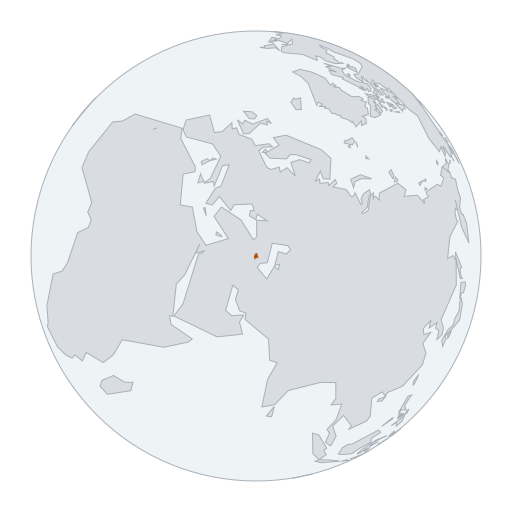 the Earth from above Syunik, rotated 48°
{"feature_id": "ARM-1732", "entity_name": "Syunik", "entity_type": "Province", "adm_level": 1, "iso_a3": "ARM", "parent_name": "Armenia", "parent_adm1": "", "projection": "orthographic", "projection_center": [46.179, 39.357], "detail": "fine", "context": "on_globe", "style": "filled", "palette": "amber", "viewbox_px": 512, "rotation_deg": 48, "n_neighbors": 0, "source": "natural_earth", "source_scale": "10m", "svg_char_len": 11242}
<svg xmlns="http://www.w3.org/2000/svg" viewBox="0 0 512 512"><g transform="rotate(48 256 256)"><circle cx="256" cy="256" r="225" fill="#eef3f6" stroke="#a8b0b8"/><path d="M235.1,31.7L235.5,31.7L240.2,31.3L256.5,32.6L281.2,36.2L291.5,36.7L287.3,37.5L308.5,39.0L323.5,43.1L304.9,38.9L301.9,39.0L311.3,41.7L310.1,42.5L314.0,44.4L311.8,45.3L301.1,43.5L299.5,44.2L306.3,46.1L308.3,48.7L298.6,45.6L301.2,49.9L283.9,48.8L259.8,42.1L248.5,44.3L219.5,45.4L220.5,46.9L210.1,49.0L207.5,51.7L202.8,51.7L204.7,54.0L209.5,53.5L211.9,54.5L210.7,56.3L204.6,56.3L204.3,55.5L201.9,56.4L199.3,55.8L200.0,57.1L192.7,57.3L198.1,59.8L190.9,62.2L186.5,61.7L189.3,58.2L186.2,50.2L182.7,49.6L174.9,51.7L155.2,62.3L150.3,63.4L142.0,67.5L143.5,68.2L150.6,65.3L151.5,68.1L160.1,64.9L161.7,65.8L169.5,64.4L165.8,68.5L157.8,73.5L151.1,75.1L147.4,77.5L151.7,79.6L137.2,86.6L124.2,98.7L120.7,100.4L117.7,96.6L122.9,87.0L119.0,84.2L118.9,90.3L110.2,95.3L107.7,98.2L106.6,100.7L108.9,100.6L105.3,103.5L104.1,98.0L107.3,95.2L107.7,96.8L110.1,92.6L109.2,89.9L104.9,93.2L108.1,87.3L105.1,89.7L104.1,90.2L108.7,86.5L100.4,93.3L101.3,92.3L113.8,81.3L127.0,71.3L141.0,62.3L155.6,54.3L170.8,47.5L186.4,41.8L202.4,37.2L218.6,33.8L235.1,31.7ZM31.1,268.9L31.5,274.3L34.3,293.8L36.0,304.6L36.2,305.2L32.9,287.2L31.1,268.9ZM241.4,31.2L242.4,31.1L237.2,31.5L241.4,31.2ZM254.7,31.1L251.2,31.2L249.6,30.9L252.1,30.9L254.7,31.1ZM299.1,37.3L294.0,36.3L299.4,37.1L299.1,37.3ZM314.9,44.6L316.8,44.7L318.0,45.7L314.9,44.6ZM171.1,62.3L170.3,63.3L169.2,63.0L171.1,62.3ZM175.2,60.8L174.5,59.8L176.4,58.9L176.8,59.6L175.2,60.8ZM315.7,48.1L317.2,49.9L313.9,47.7L315.7,48.1ZM175.6,62.4L179.8,57.7L183.1,56.3L187.3,57.9L175.6,62.4ZM316.8,50.8L320.4,55.7L324.7,56.3L314.3,57.9L314.7,52.9L310.0,49.9L314.6,51.2L316.8,50.8ZM211.5,52.7L206.3,53.2L211.6,51.3L211.5,52.7ZM214.3,51.3L227.1,44.9L234.1,45.4L228.4,47.2L238.3,47.0L235.3,50.3L229.3,51.2L225.3,50.1L227.2,52.3L214.3,51.3ZM308.0,58.3L307.3,59.4L306.0,57.9L308.0,58.3ZM213.2,54.8L215.2,53.3L221.4,53.6L218.6,56.6L217.5,55.5L213.2,54.8ZM242.3,45.5L246.4,46.4L245.1,49.3L246.6,50.1L235.9,50.4L242.3,45.5ZM215.5,56.4L217.0,58.2L213.0,59.8L211.7,56.3L215.5,56.4ZM224.2,52.4L227.0,52.7L224.5,53.5L224.2,52.4ZM199.9,67.0L202.1,64.8L205.5,64.7L199.9,67.0ZM217.8,58.9L219.2,58.3L220.7,58.1L220.9,59.7L217.8,58.9ZM235.7,52.6L234.4,53.7L240.1,52.6L239.4,54.9L232.3,54.8L235.1,55.9L234.9,56.7L229.4,55.8L235.7,52.6ZM225.8,60.8L216.7,62.0L211.8,65.8L208.6,66.0L217.0,59.8L225.8,60.8ZM228.4,57.9L226.1,59.7L223.3,58.8L223.2,57.0L228.4,57.9ZM241.4,56.7L244.3,53.1L245.7,53.2L241.4,56.7ZM224.9,62.1L227.2,61.8L224.9,62.5L224.9,62.1ZM237.0,58.5L237.8,57.1L239.4,57.3L237.0,58.5ZM230.9,62.6L228.0,62.8L227.8,61.5L230.9,62.6ZM234.1,60.8L236.2,61.5L229.5,60.9L234.2,60.1L234.1,60.8ZM238.4,58.9L239.6,58.6L237.8,59.5L238.4,58.9ZM233.4,67.6L225.0,67.1L224.6,64.2L232.8,64.9L233.4,67.6ZM66.6,310.6L60.5,272.7L66.4,264.9L69.5,250.9L111.7,225.4L118.4,233.3L149.1,241.4L152.5,244.9L146.4,255.4L167.4,278.1L177.1,270.6L198.6,283.7L214.5,286.0L224.6,264.9L198.5,260.7L196.5,248.9L219.3,243.0L242.4,247.1L242.3,242.7L229.8,231.5L237.2,224.3L225.7,227.0L228.8,231.9L221.7,234.0L218.4,229.7L221.2,227.1L214.8,224.1L203.3,237.9L205.3,244.4L187.3,243.4L188.8,254.4L183.2,257.9L178.5,240.8L180.6,235.4L170.3,214.8L166.5,220.3L176.0,240.3L172.1,237.8L167.0,246.2L167.8,237.9L158.4,215.5L143.6,213.3L121.0,228.1L113.2,225.7L108.2,216.9L120.2,196.2L136.4,204.3L140.9,197.9L140.8,184.8L145.7,188.7L147.7,184.6L154.2,187.3L166.4,181.0L173.4,182.8L181.3,171.2L186.0,170.7L180.0,177.6L179.6,183.6L197.5,188.7L201.8,186.9L205.5,179.2L210.0,181.9L211.2,173.8L223.0,173.3L209.7,167.5L213.6,159.1L222.4,154.2L221.3,150.6L207.0,158.7L203.5,163.0L204.3,168.3L192.6,180.2L185.8,180.6L189.0,164.8L179.7,163.9L186.3,152.8L220.7,136.4L233.5,134.9L248.3,149.7L243.6,154.4L235.9,151.3L240.2,161.8L241.2,157.3L244.9,159.8L249.6,153.2L252.4,154.7L252.1,146.0L256.1,147.2L256.3,152.6L266.7,144.6L275.8,145.5L276.8,143.1L275.3,140.1L287.9,143.7L288.1,141.8L284.0,139.8L281.7,134.8L282.5,127.5L286.8,129.1L287.1,132.0L294.3,140.7L294.4,148.4L296.2,148.4L297.2,142.1L288.5,131.4L287.7,126.6L292.6,131.0L290.8,129.1L291.7,127.2L296.8,127.1L291.8,122.1L296.8,101.9L307.1,100.2L310.8,106.0L318.9,95.4L329.9,95.5L326.1,93.5L327.4,87.9L324.0,87.7L322.2,86.4L324.1,73.3L327.9,71.9L324.3,65.1L322.4,64.3L319.4,64.8L314.3,57.9L324.7,56.3L328.6,58.3L332.5,56.4L340.9,61.4L349.5,65.1L356.4,72.4L362.7,75.1L363.5,74.2L372.6,77.6L388.7,89.0L372.2,83.9L347.4,70.2L357.2,75.8L354.0,76.0L356.9,79.0L363.9,83.2L365.3,82.8L371.3,98.9L386.1,115.3L387.5,109.3L393.4,110.4L411.5,126.5L427.2,161.1L435.2,165.1L438.9,170.3L439.2,177.5L433.8,169.9L429.7,170.8L426.6,165.8L425.3,175.6L420.7,168.9L421.9,180.4L426.8,183.8L429.7,177.2L432.6,190.6L441.8,194.5L448.2,205.1L450.8,234.2L445.5,249.5L446.3,253.6L441.4,253.2L439.1,265.0L451.5,278.3L452.6,284.2L446.9,302.8L446.0,298.7L433.1,297.5L433.7,312.8L443.6,317.1L447.1,327.7L440.8,329.0L436.9,320.0L432.3,319.2L431.4,306.5L423.5,291.3L416.9,299.7L415.4,292.1L403.5,281.4L393.0,292.8L377.6,322.0L378.9,341.6L372.1,352.7L355.5,330.0L349.5,311.7L342.6,315.6L326.2,302.3L295.5,306.6L291.9,301.6L285.9,304.8L274.5,300.3L269.4,291.8L262.1,292.7L276.1,315.0L284.0,314.0L291.7,304.5L294.0,312.5L305.1,318.3L290.0,339.1L245.7,357.1L242.7,342.3L216.2,297.6L217.8,292.7L217.7,292.2L217.5,291.1L213.6,298.8L209.5,289.7L222.2,321.5L223.7,334.2L245.0,358.0L242.7,360.2L249.9,364.9L274.9,358.9L274.8,363.7L262.1,385.6L228.7,411.5L234.0,428.2L233.0,440.8L214.1,446.7L217.8,455.3L208.3,456.7L209.0,460.8L202.5,463.5L190.9,464.3L169.0,458.3L166.1,454.8L152.8,444.4L133.6,418.7L137.5,410.1L134.9,400.5L119.3,372.9L122.6,361.5L118.8,354.2L110.8,351.7L106.6,342.7L101.9,340.0L73.9,326.2L66.6,310.6ZM94.6,244.0L92.9,248.0L94.6,244.0ZM265.4,262.8L280.2,263.4L276.0,249.3L281.3,248.5L277.9,244.2L275.6,248.3L267.7,236.4L274.9,232.1L274.4,225.9L269.4,225.5L257.4,235.4L268.6,252.2L264.2,258.0L265.4,262.8ZM110.3,95.7L110.3,96.2L108.5,99.0L108.0,98.4L110.3,95.7ZM109.0,109.1L103.4,113.6L107.0,109.7L105.2,109.2L110.5,101.0L119.2,100.9L114.3,102.2L109.0,109.1ZM120.1,90.7L115.7,95.5L120.2,90.3L120.1,90.7ZM152.1,161.4L153.3,165.3L149.2,169.1L140.3,168.3L146.1,162.5L152.1,161.4ZM155.8,170.1L161.5,155.5L167.3,155.9L163.1,158.0L166.3,159.8L160.4,163.8L160.4,179.1L156.8,183.6L142.3,178.7L149.0,177.6L147.5,173.6L155.8,170.1ZM165.8,122.1L168.3,117.0L177.5,124.3L174.1,128.2L165.0,127.2L163.7,122.0L165.8,122.1ZM182.2,66.6L182.6,65.1L184.3,65.0L185.4,66.1L182.2,66.6ZM200.6,66.0L182.4,73.2L181.9,71.8L171.8,78.4L166.6,77.4L173.3,73.0L161.7,77.5L165.7,73.1L158.0,76.7L173.4,67.1L176.5,63.7L175.1,67.8L179.8,68.7L182.8,68.2L193.5,64.2L202.5,58.1L208.6,58.6L210.5,60.5L209.3,62.1L205.7,61.2L206.7,63.9L200.5,63.8L200.6,66.0ZM229.7,90.3L226.1,87.4L227.0,95.2L220.8,94.2L221.3,95.2L215.9,96.5L210.2,100.1L207.7,99.0L206.5,100.9L202.9,102.0L200.5,104.3L195.3,103.4L191.9,106.2L191.4,104.2L186.9,109.4L187.9,105.1L183.3,106.6L184.7,110.0L162.7,101.7L152.6,102.4L143.7,105.6L146.6,98.5L156.9,91.3L170.0,85.7L179.3,86.4L178.9,83.3L183.2,82.9L181.7,85.5L186.6,81.3L189.8,81.7L201.5,78.2L206.7,72.6L211.1,71.4L210.7,73.9L215.4,71.0L217.5,75.0L220.7,74.3L226.1,77.9L223.3,83.4L227.1,82.3L231.4,85.3L229.7,90.3ZM234.6,68.6L232.8,74.9L228.5,77.6L221.0,70.4L217.8,70.4L212.9,66.4L219.2,62.7L220.0,64.2L222.3,64.7L219.4,65.6L223.4,65.3L224.7,67.4L228.2,67.8L226.6,69.6L234.6,68.6ZM157.9,242.1L160.8,243.6L165.8,244.7L162.7,250.3L157.9,242.1ZM151.2,226.8L154.1,227.1L152.1,235.0L149.1,233.5L151.2,226.8ZM157.3,220.8L154.4,226.5L154.2,222.6L157.3,220.8ZM182.8,177.6L186.1,177.6L185.8,179.6L183.2,181.9L182.8,177.6ZM231.0,114.9L229.6,112.4L231.0,111.7L232.4,105.5L237.0,106.0L238.0,109.9L231.0,114.9ZM219.2,268.1L213.6,271.7L211.7,269.3L214.0,268.5L219.2,268.1ZM186.1,261.5L192.8,266.0L185.1,263.0L186.1,261.5ZM236.3,114.4L236.4,111.7L238.7,113.7L236.3,114.4ZM240.5,106.1L243.5,107.8L237.7,105.3L240.5,106.1ZM272.3,439.2L259.3,459.0L248.4,459.0L245.3,453.6L249.5,441.8L261.8,438.1L267.6,431.9L272.3,439.2ZM468.2,326.6L469.9,323.5L469.7,324.4L468.2,326.6ZM466.6,327.8L468.9,323.8L465.8,330.3L466.6,327.8ZM469.7,322.2L472.0,316.2L473.1,313.0L472.6,315.0L469.7,322.2ZM464.8,330.8L453.3,345.8L448.1,349.4L449.8,345.2L458.2,336.5L464.8,330.8ZM449.4,345.6L440.8,345.9L425.5,332.5L431.1,329.0L446.3,332.1L445.5,335.4L450.7,336.8L449.4,345.6ZM468.1,308.5L467.1,317.0L461.2,324.8L458.3,327.4L456.3,320.1L457.5,313.6L460.0,310.7L467.4,281.3L470.5,281.2L468.8,292.3L471.2,295.5L468.1,308.5ZM380.0,343.0L385.9,352.0L381.8,355.4L380.0,343.0ZM468.4,264.0L466.7,276.7L467.6,261.8L468.4,264.0ZM467.7,251.5L468.8,255.1L466.8,253.4L467.7,251.5ZM448.1,259.2L445.4,263.3L444.4,260.6L447.1,253.7L448.1,259.2ZM453.0,214.3L456.6,222.6L457.4,226.1L454.4,222.6L453.0,214.3ZM276.1,118.3L269.0,126.1L267.0,132.7L270.6,137.8L262.4,134.2L265.5,124.0L276.1,118.3ZM293.8,103.6L290.5,99.6L293.9,99.5L295.1,100.4L293.8,103.6ZM290.4,102.5L282.7,101.2L282.2,97.9L288.3,99.5L290.4,102.5ZM259.4,107.1L257.0,109.2L255.1,107.5L259.4,107.1ZM445.6,377.7L448.4,373.0L455.9,359.8L445.6,377.7ZM472.3,317.9L475.3,306.6L476.2,303.2L472.3,317.9ZM480.4,276.3L480.4,275.0L480.9,268.9L480.2,272.9L481.1,263.8L481.1,265.7L480.4,276.3ZM478.1,288.3L477.8,290.6L477.4,290.9L478.1,288.3ZM478.8,284.6L479.8,281.0L478.5,286.8L478.8,284.6ZM472.6,294.6L473.3,297.8L475.6,289.6L473.8,298.0L474.8,302.3L474.0,306.4L473.2,301.4L471.8,311.4L470.7,313.5L470.7,307.2L472.2,295.8L473.2,289.7L477.1,278.8L472.6,294.6ZM479.0,278.8L478.6,274.7L478.8,269.9L479.3,271.2L479.0,278.8ZM476.3,265.7L473.8,263.1L472.6,269.1L474.1,252.8L476.4,257.9L476.3,265.7ZM472.7,254.6L471.6,260.2L472.1,251.4L472.7,254.6ZM470.8,258.8L469.6,254.6L471.0,252.6L470.8,258.8ZM473.4,253.1L471.9,244.7L473.5,247.9L473.4,253.1ZM466.4,245.5L471.0,247.4L466.7,251.5L461.9,236.8L463.4,233.4L466.4,245.5ZM445.3,168.5L442.3,165.2L442.4,161.4L444.4,164.7L445.3,168.5ZM439.8,147.4L441.4,159.4L442.2,169.6L444.1,169.5L448.2,177.9L443.0,174.5L439.2,162.2L439.3,155.8L435.2,149.4L432.7,141.9L426.8,135.7L424.3,131.2L429.8,134.9L439.8,147.4ZM424.2,133.4L413.0,121.6L415.0,117.9L417.9,119.7L422.2,126.5L420.9,128.0L424.2,133.4ZM410.8,117.8L409.4,119.3L390.0,108.1L386.4,105.0L402.3,110.8L401.8,112.6L406.2,116.2L410.8,117.8ZM309.8,59.9L307.5,59.4L309.4,59.0L309.8,59.9ZM320.3,86.5L318.3,84.6L320.5,83.9L320.3,86.5ZM313.9,79.3L312.8,81.3L312.1,78.4L313.9,79.3ZM310.7,86.2L311.5,81.8L313.3,87.0L310.7,86.2Z" fill="#d9dde1" stroke="#a8b0b8" stroke-width="1"/><path d="M254.9,254.1L255.0,254.2L255.1,254.3L255.4,254.4L255.5,254.5L255.7,254.8L255.8,254.8L256.0,255.0L256.4,255.0L256.5,255.0L256.9,255.1L257.0,255.1L257.1,255.3L256.9,255.4L256.9,255.5L257.0,255.5L256.9,255.6L256.7,255.6L256.6,255.8L256.7,256.0L256.9,256.1L257.0,256.1L257.0,256.3L257.2,256.5L257.3,256.5L257.2,256.6L256.8,256.6L256.7,256.6L256.7,256.8L256.8,256.9L256.9,257.0L257.0,257.1L257.0,257.3L256.9,257.4L256.9,257.5L257.0,257.9L256.7,257.7L256.4,257.7L256.3,257.8L256.1,257.9L255.9,257.9L255.7,257.6L255.5,257.2L255.4,256.9L255.3,256.7L255.4,256.4L255.2,256.2L254.9,256.1L254.7,256.0L254.7,255.9L254.8,255.7L254.8,255.4L254.8,255.2L254.7,255.2L254.6,254.8L254.6,254.7L254.6,254.4L254.8,254.1L254.9,254.1Z" fill="#f59e0b" stroke="#b45309" stroke-width="1.5"/></g></svg>